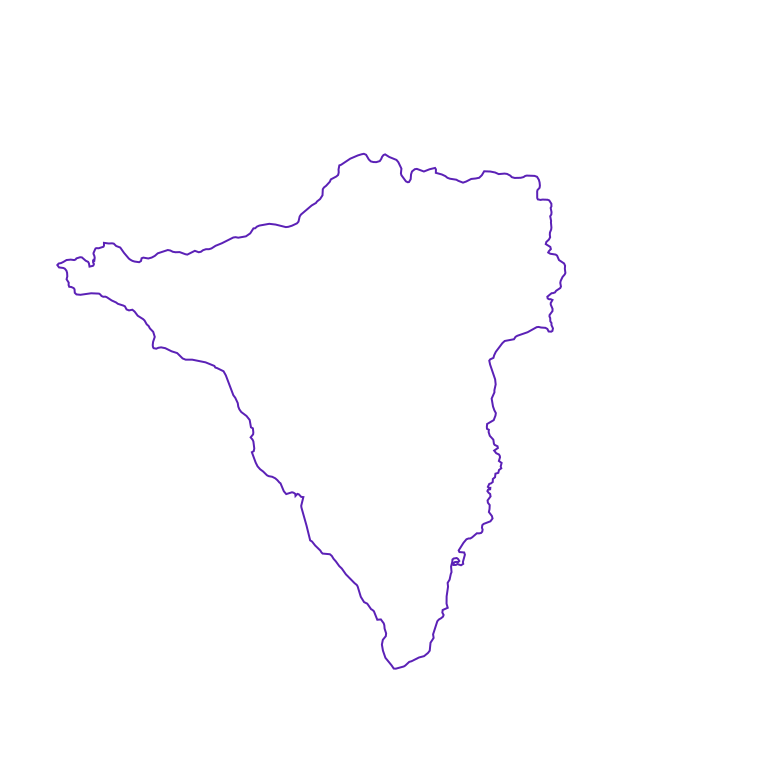 Ermera, Ermera, East Timor (orthographic projection), rotated 332°
{"feature_id": "22284137B14876648157947", "entity_name": "Ermera", "entity_type": "district", "adm_level": 2, "iso_a3": "TLS", "parent_name": "East Timor", "parent_adm1": "Ermera", "projection": "orthographic", "projection_center": [125.411, -8.766], "detail": "fine", "context": "isolated", "style": "outline", "palette": "violet", "viewbox_px": 768, "rotation_deg": 332, "n_neighbors": 0, "source": "geoboundaries", "source_scale": "gbopen_adm2", "svg_char_len": 6166}
<svg xmlns="http://www.w3.org/2000/svg" viewBox="0 0 768 768"><g transform="rotate(332 384 384)"><path d="M530.5,217.2L525.1,215.8L519.0,215.1L514.0,209.5L512.0,208.8L508.5,209.5L506.3,211.6L503.7,215.7L500.9,217.4L499.7,217.0L498.5,215.4L497.4,207.9L497.8,206.0L500.5,202.0L500.8,194.9L500.2,192.0L495.2,186.0L492.8,181.8L491.1,181.6L489.0,182.5L487.2,184.0L484.9,185.2L481.4,184.5L478.9,183.1L476.9,181.3L476.0,178.6L475.8,173.2L474.3,171.3L471.9,170.6L468.2,169.9L460.0,169.2L449.1,170.3L447.2,170.0L444.6,173.2L443.3,176.0L441.6,177.9L439.3,178.4L433.1,178.4L431.1,180.0L426.0,181.8L423.2,182.3L421.4,183.3L418.3,188.5L414.4,190.7L410.5,191.4L409.0,192.2L404.0,192.4L390.2,195.4L388.2,196.5L384.7,200.5L382.6,201.3L376.9,201.0L373.3,200.3L371.0,199.4L363.1,192.3L357.9,188.7L348.3,185.6L345.7,185.4L343.3,186.0L341.8,185.3L336.6,188.2L331.4,188.8L324.0,186.4L321.9,184.7L319.7,183.9L306.9,183.6L300.2,182.9L295.3,183.3L292.7,182.8L290.1,181.4L287.0,180.9L284.5,181.3L282.3,180.7L279.5,177.6L271.1,177.4L269.6,176.2L265.5,171.6L261.8,169.8L259.6,168.1L258.0,165.8L256.0,164.2L245.6,162.4L241.7,163.3L238.2,163.3L234.8,162.5L230.8,159.4L229.0,159.2L227.2,161.3L225.0,161.5L221.3,158.8L219.7,157.2L218.4,155.2L217.6,153.5L216.0,146.1L215.2,139.7L212.3,136.4L211.3,133.2L209.9,132.1L206.9,130.7L203.0,127.9L201.7,130.4L200.7,131.1L195.8,130.2L194.0,129.1L193.0,128.9L192.1,129.5L189.1,131.9L188.6,132.7L188.4,134.9L187.8,136.8L186.1,139.1L185.6,138.1L185.0,138.5L184.2,140.2L184.2,141.9L183.0,142.9L182.4,143.0L179.1,142.1L180.1,139.0L180.1,137.3L178.5,135.1L176.7,130.4L175.2,129.4L171.4,128.7L170.1,129.3L168.6,129.1L165.8,127.1L161.9,125.5L158.2,125.7L155.6,125.6L153.3,124.9L151.4,125.6L151.8,128.5L155.3,131.0L156.3,132.3L156.8,134.8L156.4,137.0L154.9,140.3L152.9,142.5L153.2,146.5L152.0,148.5L151.7,150.4L153.4,151.5L155.0,153.6L155.2,155.1L153.8,158.3L154.5,160.5L157.8,162.7L168.0,166.4L174.8,170.4L175.5,171.7L175.9,173.7L177.1,175.2L178.9,176.0L179.9,177.1L182.8,182.4L185.7,186.2L186.7,188.3L190.7,192.4L191.7,193.8L191.7,197.3L193.4,199.3L196.7,200.3L197.8,203.0L198.6,208.1L201.8,213.7L202.4,215.6L202.5,219.9L203.4,222.3L203.4,225.0L204.7,229.6L203.7,234.8L199.9,238.4L198.1,241.0L197.4,242.8L197.4,244.2L199.5,245.9L201.8,246.1L204.4,247.0L207.7,249.7L211.8,255.4L215.9,259.6L218.2,266.9L220.3,269.4L226.0,272.4L236.6,281.1L242.7,288.4L242.8,290.3L244.1,291.6L248.3,297.4L248.4,302.1L245.7,323.3L246.2,326.3L245.9,332.2L244.7,335.6L244.4,338.5L244.8,341.7L247.6,347.7L248.5,352.7L246.2,359.8L247.4,361.6L245.9,365.4L244.8,367.0L241.2,368.5L241.8,371.4L241.7,373.4L239.2,380.0L237.5,382.1L235.3,382.2L233.8,393.2L233.7,397.3L234.6,401.1L236.2,404.5L237.8,409.6L238.9,411.2L241.7,413.4L243.7,416.2L244.7,418.8L245.4,421.9L246.0,423.1L245.2,431.7L246.0,435.3L251.9,436.4L253.1,437.5L254.1,439.4L253.3,441.3L256.0,440.4L257.0,441.4L257.9,444.8L259.7,446.0L253.7,452.7L253.1,454.3L249.1,472.7L245.4,487.4L246.5,489.3L247.4,494.3L249.6,501.2L249.7,503.3L250.2,504.9L256.3,508.9L257.2,511.3L257.4,514.7L258.2,518.0L259.0,523.8L260.1,527.1L261.0,534.2L264.5,546.0L265.6,548.6L265.7,550.3L263.6,561.0L264.0,567.2L266.1,570.1L266.9,576.8L267.7,578.0L268.4,579.9L267.4,589.0L270.7,590.4L271.4,595.2L271.0,597.2L269.7,600.2L268.8,605.2L267.2,607.5L262.9,609.3L259.8,613.1L257.9,618.9L256.7,626.4L258.6,636.0L259.0,639.8L260.8,640.9L268.8,642.7L270.5,642.6L275.8,641.2L278.1,641.7L286.5,641.9L291.6,643.1L296.6,642.1L299.2,640.9L303.6,634.3L308.6,631.5L309.8,628.1L319.7,618.5L321.9,617.7L324.5,617.6L326.9,617.1L328.2,615.9L328.2,613.2L329.7,611.1L335.2,611.5L336.1,607.3L339.6,600.9L345.4,593.0L346.8,589.5L350.1,587.5L353.8,583.1L355.3,581.8L357.5,576.7L360.7,573.2L362.1,571.1L363.6,570.8L366.5,571.8L367.2,573.2L367.4,575.6L365.9,576.1L364.5,575.1L362.9,574.5L361.5,574.7L360.5,576.5L362.6,577.5L364.2,577.4L366.9,580.2L369.5,580.0L370.1,578.2L375.3,572.7L375.7,570.4L371.7,567.8L371.8,566.0L379.7,561.5L383.9,559.8L386.2,560.1L387.7,560.9L389.7,560.8L395.9,559.4L398.0,560.6L399.8,561.1L401.4,560.5L402.7,558.9L403.0,556.9L404.5,554.8L406.2,554.3L413.5,555.2L416.7,553.7L417.3,551.2L416.5,546.3L418.5,543.9L420.5,540.5L420.0,537.6L420.8,535.4L425.3,533.3L426.1,530.9L425.3,529.2L425.0,527.1L426.2,526.2L428.3,526.8L429.1,525.6L427.9,525.0L427.4,523.6L430.1,521.6L431.6,522.0L434.0,521.6L435.5,519.0L438.3,518.4L440.3,515.5L443.2,516.1L445.2,513.9L448.0,513.5L448.3,511.6L450.8,508.9L449.3,505.9L452.1,503.1L452.5,501.6L452.4,500.2L450.6,497.8L450.0,494.5L454.5,494.0L455.0,492.3L453.1,489.7L453.0,488.4L454.4,484.5L453.1,479.4L453.8,475.6L455.1,473.6L453.9,471.9L454.7,470.1L456.3,467.7L463.9,467.4L467.6,464.2L469.1,462.2L469.1,459.0L469.7,455.0L472.2,447.4L477.6,443.2L478.5,441.4L482.4,436.8L484.3,432.1L486.8,416.7L487.9,412.8L489.3,412.1L492.9,412.3L494.7,410.4L497.8,408.1L507.7,403.5L510.8,402.7L519.8,405.5L522.3,404.1L524.3,404.0L535.1,405.7L545.5,405.5L547.3,406.2L549.1,407.8L552.9,410.2L554.1,412.1L554.0,414.9L556.2,416.3L557.6,416.2L559.3,414.2L559.5,410.6L560.5,408.8L560.3,406.7L561.7,403.8L561.8,402.1L562.6,400.8L567.0,398.7L568.1,396.8L568.5,392.2L569.2,390.8L572.2,388.9L571.0,387.4L569.6,386.7L568.7,385.3L569.2,383.6L574.6,382.5L575.9,383.1L578.0,383.4L579.7,382.5L584.7,382.0L586.0,381.0L587.1,377.5L588.4,375.9L591.9,373.3L595.0,372.1L596.3,371.1L597.8,367.1L599.4,364.6L599.6,362.1L596.7,356.7L597.1,351.9L596.3,350.3L591.9,347.0L590.7,345.0L591.8,344.2L594.7,343.2L595.2,341.0L592.5,336.4L594.0,334.8L597.4,333.9L599.6,332.4L600.4,330.2L601.6,328.2L604.2,326.0L605.3,324.4L607.3,319.6L608.1,318.5L609.5,313.9L611.3,312.9L612.6,310.9L613.8,306.8L615.2,305.8L616.4,303.4L616.1,299.5L614.9,298.1L610.4,295.5L608.7,295.0L606.5,293.2L606.6,291.7L609.7,285.8L610.6,284.8L613.5,283.8L614.8,282.0L616.0,279.1L616.6,276.4L616.4,272.9L614.6,270.9L607.9,267.0L606.3,266.6L604.3,266.8L601.5,266.1L596.1,263.4L593.9,261.3L593.4,259.4L591.3,256.3L589.2,254.8L583.8,252.5L581.4,249.4L577.6,246.3L572.3,243.2L568.4,245.6L564.9,246.6L561.5,245.6L557.3,243.9L551.5,243.8L548.3,243.3L545.0,239.5L543.8,237.6L538.6,233.7L536.8,231.7L535.8,229.3L533.4,226.1L528.9,221.9L530.6,218.9L530.5,217.2Z" fill="none" stroke="#5b21b6" stroke-width="2"/></g></svg>